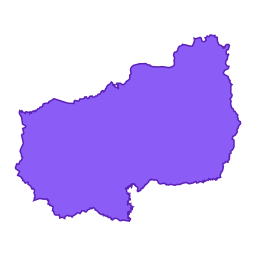 Wichian Buri, Phetchabun, Thailand
{"feature_id": "78962969B64397388555750", "entity_name": "Wichian Buri", "entity_type": "district", "adm_level": 2, "iso_a3": "THA", "parent_name": "Thailand", "parent_adm1": "Phetchabun", "projection": "natural_earth1", "projection_center": [101.036, 15.677], "detail": "fine", "context": "isolated", "style": "filled", "palette": "violet", "viewbox_px": 256, "rotation_deg": 0, "n_neighbors": 0, "source": "geoboundaries", "source_scale": "gbopen_adm2", "svg_char_len": 5802}
<svg xmlns="http://www.w3.org/2000/svg" viewBox="0 0 256 256"><path d="M19.7,110.6L19.3,113.2L21.6,117.5L22.6,124.1L25.8,126.1L25.3,127.5L22.7,128.5L23.7,132.8L23.3,134.1L22.2,134.3L21.6,135.1L23.4,143.3L20.4,149.9L20.1,151.5L21.4,154.2L21.5,156.5L22.6,157.5L21.4,160.1L20.2,161.0L19.2,162.8L19.1,164.1L16.7,163.9L15.4,167.9L15.9,168.9L19.6,171.5L17.6,175.3L20.8,176.7L21.8,178.5L22.3,178.4L22.8,179.6L22.7,180.5L23.6,180.7L25.3,183.2L27.5,182.3L28.2,182.5L28.0,184.2L30.8,186.1L31.9,188.9L32.5,189.1L33.3,188.3L34.4,189.7L34.5,191.1L34.0,192.6L35.2,196.9L34.3,197.9L34.5,199.0L33.8,200.5L39.6,198.5L44.7,199.3L46.9,198.8L47.1,199.8L47.8,199.9L47.8,200.4L48.4,200.2L48.7,201.0L48.0,204.0L49.9,204.4L49.7,205.3L53.1,206.5L52.5,210.8L53.3,210.9L54.6,214.4L55.8,215.1L59.3,215.0L59.7,218.0L62.4,217.2L64.7,218.5L65.0,216.6L66.7,215.6L67.8,215.3L68.8,216.1L70.6,215.9L72.1,217.1L73.0,215.9L76.0,214.2L76.7,213.0L78.8,213.0L80.0,213.6L81.9,210.8L84.1,210.9L84.8,211.7L86.0,211.9L88.0,209.7L89.6,209.2L90.2,208.1L90.9,208.5L91.4,208.2L91.9,208.7L93.2,207.6L94.6,208.3L95.2,210.0L96.6,210.4L99.5,213.5L101.5,214.5L103.1,214.4L103.1,215.1L103.6,215.7L104.4,215.1L105.7,216.1L106.6,216.0L107.1,216.5L107.8,216.1L108.3,217.5L110.5,217.4L110.8,218.5L111.3,218.5L111.4,219.4L112.1,219.9L112.8,219.8L112.8,219.3L113.9,219.0L114.3,218.4L116.2,218.4L117.6,218.8L119.5,220.5L121.1,220.7L122.8,220.0L129.2,221.1L129.2,220.3L130.1,220.0L130.5,218.8L128.7,217.2L128.4,218.3L127.8,217.9L128.2,215.3L127.9,214.5L129.2,214.4L129.3,213.9L129.2,213.3L129.0,213.7L127.8,213.5L127.8,212.2L128.2,211.7L128.6,212.4L129.7,211.4L130.0,212.0L130.8,212.2L130.9,211.6L130.3,211.1L131.2,210.1L131.1,209.3L131.7,209.2L130.9,208.1L131.9,207.9L132.3,208.5L132.3,207.2L133.0,206.8L130.7,205.7L130.7,204.1L130.4,204.5L129.5,203.7L128.5,203.6L127.8,204.7L127.4,204.4L127.9,203.4L127.6,202.3L128.5,202.0L127.9,201.0L129.2,200.0L129.2,199.2L130.3,199.6L130.1,198.5L129.2,197.8L129.9,196.0L129.4,195.3L129.7,194.0L128.9,194.5L128.7,193.5L128.2,194.3L127.0,192.8L126.3,189.3L125.5,188.3L127.0,187.7L127.9,188.8L128.9,187.3L128.0,186.5L129.1,185.9L129.6,186.3L130.5,185.2L131.3,185.6L130.8,186.2L131.4,187.4L132.0,186.1L131.4,184.2L131.9,184.0L131.9,183.2L132.6,184.5L134.4,183.7L134.7,185.1L135.4,185.1L135.4,185.8L138.0,187.7L137.3,190.6L137.5,191.3L138.2,190.9L138.3,191.4L140.3,190.6L141.0,189.7L141.0,188.8L142.8,188.3L142.8,187.2L143.7,187.2L145.4,184.5L145.7,184.8L148.3,182.3L149.1,180.6L149.8,180.5L150.3,179.6L151.4,179.8L151.8,179.2L153.4,180.1L156.5,179.9L157.8,181.3L158.4,182.9L160.1,184.0L163.9,183.3L165.1,183.4L165.7,184.4L166.8,184.9L167.2,184.5L168.6,185.0L170.6,184.3L175.2,185.3L176.7,184.5L179.6,184.5L183.5,183.0L186.7,182.5L188.4,183.6L189.8,183.7L193.1,182.9L195.8,181.4L196.6,183.0L198.1,182.7L199.6,181.6L200.9,181.6L203.1,182.4L203.1,181.5L203.6,182.2L204.5,180.5L205.1,181.2L207.9,179.8L208.3,180.1L208.8,178.9L209.3,179.4L209.8,178.9L210.4,179.8L211.2,179.3L212.7,179.8L213.2,178.7L214.8,179.3L215.4,179.1L216.0,179.4L215.9,179.9L216.9,179.6L217.1,178.7L216.6,178.4L217.3,177.7L217.9,178.0L220.6,177.4L220.1,174.8L220.9,173.6L221.0,172.2L221.7,172.0L222.6,170.4L223.4,166.4L222.9,165.1L223.1,163.5L225.0,162.8L225.5,161.6L228.0,162.2L228.1,160.5L229.2,159.7L229.5,158.0L228.9,157.0L229.7,156.2L229.3,154.3L231.0,153.2L230.7,151.2L232.6,149.7L234.0,146.7L234.0,140.6L233.4,139.5L232.2,139.0L232.8,136.5L235.3,135.1L237.2,132.2L237.0,129.4L238.3,127.9L238.4,126.4L240.6,123.5L240.3,121.7L238.8,120.8L237.8,119.2L238.0,118.4L237.4,116.5L237.8,115.0L236.5,113.9L235.1,111.5L233.9,111.1L233.0,108.6L231.7,107.9L230.6,103.9L231.1,101.2L230.0,98.7L231.5,97.4L232.1,95.1L231.8,94.2L230.8,93.5L230.9,85.5L232.1,84.7L230.2,83.1L230.2,82.3L229.4,81.5L230.1,80.6L228.5,78.5L228.2,76.6L224.1,74.3L223.3,72.9L224.5,70.5L228.3,68.5L228.9,66.7L228.9,66.3L227.0,66.1L225.5,63.5L226.0,61.0L226.6,59.8L227.2,59.7L227.6,56.8L228.6,54.5L228.4,54.1L227.3,54.6L226.3,54.0L226.1,51.2L226.8,50.1L228.3,49.5L229.4,45.3L228.4,44.4L226.6,44.5L225.5,45.3L225.2,46.7L223.9,46.8L224.1,48.0L223.0,48.0L222.8,46.9L221.1,45.4L219.0,45.0L217.4,41.1L217.2,37.3L215.0,37.0L215.0,35.5L213.2,35.7L210.8,34.9L210.1,35.2L209.2,36.7L207.2,36.0L206.5,37.4L205.1,37.7L206.2,40.0L204.8,41.5L203.3,41.7L201.9,41.0L201.2,38.2L200.2,37.4L195.8,38.8L194.1,38.2L194.6,40.1L193.8,42.9L192.3,46.1L189.9,46.1L184.9,44.7L183.9,45.0L182.7,44.3L181.1,45.9L179.4,46.3L178.5,47.4L177.0,51.6L174.5,52.3L173.8,53.6L173.6,55.8L174.7,57.8L174.0,60.5L174.5,64.3L173.3,66.1L170.6,67.3L168.4,67.6L162.3,66.6L158.9,67.0L152.9,66.7L150.7,66.1L150.5,65.5L149.2,64.9L147.5,64.9L146.3,63.8L145.3,63.6L139.3,63.8L133.5,65.4L131.5,67.0L130.6,69.0L130.5,70.9L131.1,72.3L130.5,74.7L129.8,75.1L129.6,79.3L126.4,81.4L125.0,83.6L123.0,84.9L120.3,83.3L116.9,83.3L117.0,84.1L118.0,83.8L117.8,84.8L117.2,84.9L118.3,85.5L117.7,86.5L118.2,87.3L118.2,88.3L117.6,87.7L115.8,87.5L114.5,86.1L114.9,85.8L114.8,84.6L113.6,85.2L113.6,84.7L112.8,84.6L112.5,83.0L111.3,82.0L110.1,83.9L107.8,85.2L106.6,86.8L106.4,88.1L105.7,88.6L104.7,91.1L103.6,91.7L103.6,90.9L102.4,90.6L101.3,91.5L101.5,91.8L100.0,94.0L98.0,94.4L96.9,96.0L95.7,96.0L94.3,97.2L92.3,96.8L92.1,96.0L91.0,96.4L90.2,96.1L89.0,97.4L89.0,98.2L87.9,98.5L86.9,98.0L86.5,96.9L84.7,97.0L84.4,98.2L82.4,99.1L80.0,98.9L78.6,101.2L75.0,100.4L74.1,101.2L73.9,103.5L67.8,103.2L53.9,98.7L51.6,100.4L49.3,101.4L48.8,101.9L48.9,102.5L47.8,103.4L47.2,103.1L43.5,103.7L42.7,105.2L42.8,106.2L42.2,106.7L39.9,107.3L39.7,108.1L38.9,108.7L37.6,108.9L37.3,109.7L35.4,111.4L35.3,110.6L33.9,111.5L33.2,111.0L32.5,111.3L31.3,112.3L31.5,113.1L30.8,113.1L30.3,112.1L29.9,112.6L29.5,112.3L29.4,113.0L29.1,112.4L25.8,111.8L25.2,113.4L24.4,112.6L22.4,111.9L22.2,111.3L21.8,111.9L21.4,111.0L20.9,111.5L19.7,110.6Z" fill="#8b5cf6" stroke="#5b21b6" stroke-width="1.5"/></svg>